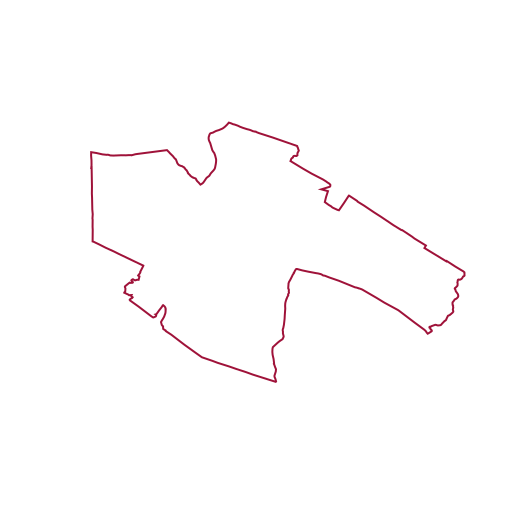 Tufeni, Olt, Romania, rotated 34°
{"feature_id": "2599482B16239538669932", "entity_name": "Tufeni", "entity_type": "district", "adm_level": 2, "iso_a3": "ROU", "parent_name": "Romania", "parent_adm1": "Olt", "projection": "robinson", "projection_center": [24.804, 44.357], "detail": "fine", "context": "isolated", "style": "outline", "palette": "rose", "viewbox_px": 512, "rotation_deg": 34, "n_neighbors": 0, "source": "geoboundaries", "source_scale": "gbopen_adm2", "svg_char_len": 6066}
<svg xmlns="http://www.w3.org/2000/svg" viewBox="0 0 512 512"><g transform="rotate(34 256 256)"><path d="M342.7,349.3L342.8,348.8L341.0,347.2L338.9,345.8L338.2,344.8L337.0,340.7L335.9,338.7L333.8,337.3L332.1,336.0L331.1,335.4L331.1,335.0L330.8,334.6L328.1,331.5L325.1,328.7L323.2,326.4L321.6,323.8L321.2,322.8L321.0,322.3L321.0,321.9L322.5,315.6L323.2,313.3L324.5,310.1L324.2,308.1L324.0,307.4L323.7,307.0L323.4,306.7L321.5,305.0L320.8,303.8L320.1,303.1L319.5,302.4L319.1,301.4L318.9,300.5L317.6,297.4L314.9,292.2L312.8,288.7L309.7,283.3L308.0,281.0L306.9,279.2L306.3,277.9L305.3,274.8L305.4,274.7L305.4,274.4L304.9,272.8L304.9,272.3L304.8,271.8L304.8,270.9L304.8,270.7L304.2,270.1L304.0,269.7L304.0,268.6L303.8,267.9L303.0,267.1L302.7,266.5L302.2,265.7L301.6,265.2L301.0,265.0L300.3,264.0L298.7,261.2L298.4,260.8L297.9,259.2L297.7,256.3L297.2,252.4L297.0,251.4L297.0,248.9L296.7,248.7L296.8,247.9L296.6,247.1L296.5,245.0L296.6,244.4L296.7,244.2L297.3,243.8L302.3,242.1L308.0,239.8L315.2,236.7L317.1,235.8L319.8,234.8L321.1,234.6L322.6,234.6L323.5,234.1L324.3,233.8L328.8,232.8L338.5,230.2L355.6,226.6L357.2,225.9L358.9,225.5L358.9,225.4L361.4,224.7L362.9,224.4L379.4,223.3L388.4,222.9L403.9,221.4L405.1,221.4L424.6,222.5L436.7,223.0L438.6,223.3L440.6,224.1L441.8,224.4L442.3,223.4L443.6,220.5L443.7,220.0L443.6,219.7L442.8,219.2L441.9,219.2L440.8,218.4L439.9,218.4L439.6,218.1L439.5,217.8L439.7,217.4L440.5,216.6L440.8,215.9L443.1,212.8L444.1,212.3L445.2,212.1L446.0,211.6L447.4,210.4L447.9,209.6L448.0,209.0L448.0,208.3L448.5,205.6L448.7,204.2L449.1,203.8L449.3,202.8L449.3,202.4L449.1,201.9L448.6,198.5L448.6,198.2L449.7,196.5L449.8,195.7L450.1,195.2L450.2,194.5L450.6,193.3L450.7,192.0L450.5,191.5L449.1,190.3L448.4,188.5L447.8,188.0L447.3,187.1L446.7,186.6L446.3,186.6L445.7,185.7L445.3,185.3L444.9,184.5L445.1,182.1L445.0,181.0L446.0,179.3L446.2,178.5L446.4,177.3L446.3,176.6L446.1,176.1L445.5,175.4L444.6,174.7L442.3,173.8L441.5,173.6L440.1,172.4L439.1,172.0L438.9,171.7L438.9,171.2L439.1,170.9L439.2,170.3L439.4,169.7L439.4,169.1L439.6,168.5L439.6,168.0L439.4,167.4L438.4,165.9L437.7,165.3L437.5,164.5L437.0,163.7L436.8,162.9L436.8,162.7L437.0,162.3L437.9,161.9L438.4,161.5L439.1,160.3L439.3,159.5L439.2,157.1L439.3,156.9L439.7,156.4L439.8,155.7L439.7,155.4L439.3,155.0L438.9,154.3L437.9,153.0L436.7,152.8L427.0,153.3L416.9,153.5L416.9,154.0L391.2,155.2L391.0,152.3L377.6,152.9L374.5,152.7L362.6,152.8L362.1,153.2L352.6,153.6L337.7,153.6L329.2,153.8L317.4,153.8L310.3,154.1L309.7,154.1L309.2,153.8L299.4,153.9L299.2,154.0L299.2,156.0L299.3,162.9L299.2,171.7L297.7,172.2L292.7,173.0L291.4,173.0L290.5,172.8L287.9,173.0L282.9,172.8L281.1,167.9L279.4,162.0L272.9,164.2L278.4,157.4L278.5,157.1L278.5,156.6L278.4,156.3L277.8,155.4L277.2,155.2L275.8,155.0L274.1,155.1L272.5,155.0L268.8,155.1L256.1,156.6L253.2,156.8L246.2,157.3L231.6,158.0L231.6,157.6L231.3,157.3L231.3,156.9L231.1,156.5L230.9,155.5L231.0,154.9L231.5,153.8L231.5,153.4L231.2,152.8L231.3,152.2L231.7,151.6L232.6,151.0L233.2,150.8L233.6,150.5L233.8,150.2L233.9,149.5L234.0,149.3L233.3,148.4L233.1,148.0L233.0,147.6L232.7,147.0L232.7,145.9L232.6,145.0L232.4,144.5L231.6,144.1L230.4,143.0L229.3,142.4L228.8,141.9L228.6,141.8L203.7,148.4L189.6,152.5L186.8,153.1L186.2,153.0L185.4,153.6L184.6,153.8L183.9,154.2L181.6,154.6L180.0,155.0L177.5,155.9L173.4,157.1L170.4,157.8L168.2,158.1L166.2,158.6L164.7,159.0L163.2,159.6L161.3,159.9L158.9,160.6L158.6,163.2L158.0,166.1L157.3,168.3L156.7,169.5L154.8,172.4L153.1,174.5L152.2,176.0L151.3,177.8L149.8,179.5L149.5,180.1L149.5,180.8L149.6,181.5L150.3,183.9L150.9,184.9L151.9,186.1L153.3,187.1L154.9,188.0L160.6,192.7L162.1,193.4L163.8,194.0L165.9,195.5L168.8,198.1L169.6,199.2L170.3,200.4L171.2,202.2L172.6,205.5L172.9,206.5L173.0,207.2L172.9,208.9L172.4,212.0L172.3,213.2L172.4,214.7L172.4,215.7L171.4,218.6L171.3,219.5L171.3,223.3L171.2,225.0L170.7,226.5L170.0,227.9L167.5,227.2L165.2,226.8L164.7,226.5L163.9,226.3L163.6,225.9L162.5,225.5L161.0,226.0L160.7,226.0L160.3,226.0L160.1,226.2L159.0,226.3L157.0,226.2L156.5,226.1L155.8,225.8L153.7,225.5L153.0,225.2L152.9,224.9L150.4,223.7L149.5,223.7L148.1,223.1L147.8,223.2L147.4,222.9L146.6,222.7L145.2,222.9L144.8,222.8L142.7,223.5L142.2,223.5L141.5,223.7L140.5,223.6L139.0,223.1L136.0,221.0L135.4,220.7L135.1,220.6L134.8,220.7L133.1,220.3L131.4,219.7L127.0,218.9L126.1,218.6L123.0,218.0L100.4,237.9L99.0,239.2L96.5,242.1L96.2,242.1L95.2,242.8L94.4,243.3L91.8,245.3L88.1,247.7L81.6,252.5L79.3,253.9L78.7,254.2L77.5,254.5L76.7,254.8L75.3,255.8L71.9,257.6L66.0,259.9L61.3,262.1L63.1,264.9L66.2,268.8L68.9,272.7L70.0,274.8L70.2,274.5L81.2,290.2L85.0,296.0L87.6,299.5L94.3,309.0L97.3,312.7L99.4,316.3L100.3,317.3L104.2,323.2L106.0,325.6L112.4,335.3L113.4,335.0L119.5,334.1L126.8,333.2L135.7,331.7L141.1,331.0L168.0,327.0L168.1,327.3L168.9,333.9L169.3,334.3L169.4,335.5L169.2,337.8L169.2,338.1L169.6,338.2L170.8,338.1L171.1,338.9L172.0,341.4L170.8,342.1L169.4,343.8L168.4,344.0L167.0,344.1L166.7,344.4L166.3,345.5L166.3,345.9L167.0,346.3L168.4,346.5L168.6,346.6L168.7,346.8L168.6,347.2L167.1,348.4L166.4,348.8L166.1,348.8L165.5,350.6L164.4,354.3L164.4,354.6L164.6,355.0L165.6,355.7L165.9,355.9L167.3,358.3L167.4,358.7L167.2,359.7L167.3,360.1L171.8,359.4L172.4,359.4L172.6,359.5L173.3,359.1L173.7,358.7L174.6,358.0L174.7,358.9L175.1,359.0L176.8,359.2L176.8,359.8L176.7,360.3L175.9,361.7L175.8,362.8L175.8,363.0L176.5,363.3L187.0,363.6L202.5,364.5L204.9,364.5L205.2,364.4L205.5,364.1L205.9,363.3L206.6,362.4L206.7,362.0L206.5,361.1L206.1,360.5L205.5,360.5L205.9,360.0L206.0,359.4L206.1,355.0L206.3,352.5L206.4,350.7L206.3,349.0L206.5,348.7L208.3,348.9L209.6,349.4L210.1,349.9L210.4,350.0L210.6,350.6L210.9,350.7L211.2,351.0L211.7,352.1L212.1,352.6L212.8,354.0L213.2,355.4L213.4,356.3L213.7,357.4L213.8,358.1L214.0,360.5L214.0,361.9L214.2,363.9L216.4,365.8L217.1,366.1L218.3,366.3L219.3,367.7L220.0,368.4L222.8,368.3L223.1,368.7L229.8,368.6L246.3,369.6L259.4,370.0L267.8,370.2L278.5,367.3L284.0,366.0L295.5,362.6L303.1,360.6L312.5,357.9L319.7,356.1L342.7,349.3Z" fill="none" stroke="#9f1239" stroke-width="2"/></g></svg>